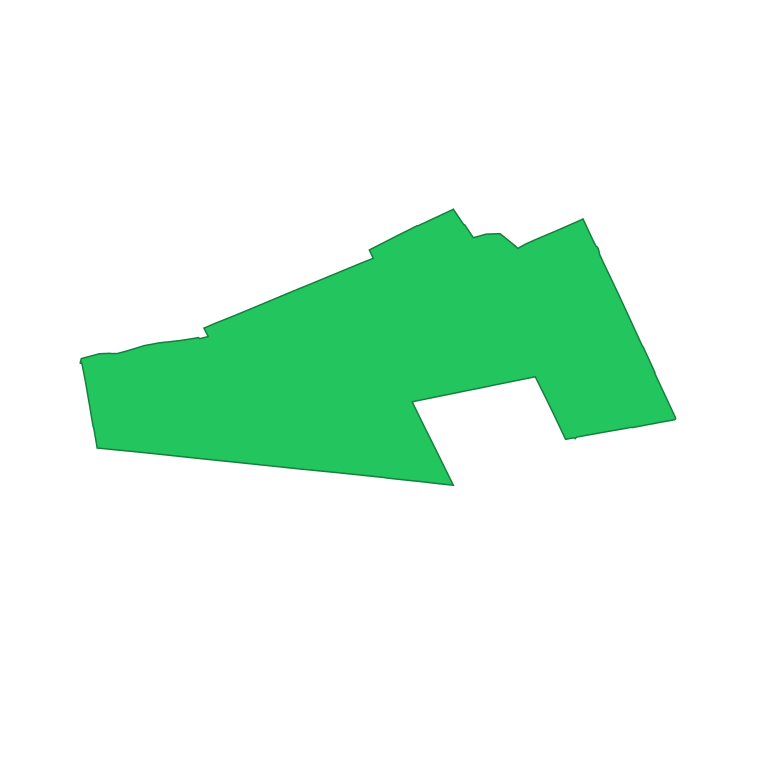 outline of Tufesti, Braila, Romania, rotated 229°
{"feature_id": "2599482B7504990090207", "entity_name": "Tufesti", "entity_type": "district", "adm_level": 2, "iso_a3": "ROU", "parent_name": "Romania", "parent_adm1": "Braila", "projection": "natural_earth1", "projection_center": [27.783, 44.998], "detail": "fine", "context": "isolated", "style": "filled", "palette": "green", "viewbox_px": 768, "rotation_deg": 229, "n_neighbors": 0, "source": "geoboundaries", "source_scale": "gbopen_adm2", "svg_char_len": 2127}
<svg xmlns="http://www.w3.org/2000/svg" viewBox="0 0 768 768"><g transform="rotate(229 384 384)"><path d="M166.9,579.1L166.6,579.4L166.4,579.7L166.3,580.4L166.4,581.1L166.7,581.5L167.5,581.9L169.4,582.5L171.9,583.2L191.1,588.7L198.9,590.9L207.0,593.2L215.1,595.6L215.0,596.0L232.5,601.2L241.6,603.8L243.9,604.1L258.2,608.3L280.1,614.7L301.3,620.8L305.2,621.9L329.9,628.7L339.9,631.6L340.8,632.0L342.3,632.9L345.7,634.5L346.6,634.7L347.6,634.8L348.9,634.4L354.2,635.7L378.0,642.5L378.4,641.5L378.3,641.1L383.4,624.7L387.9,610.5L389.2,606.5L393.3,593.9L394.5,590.1L396.5,583.4L397.2,580.5L398.5,574.0L401.8,573.4L401.8,573.7L421.3,570.2L430.0,559.6L435.8,547.4L451.0,549.3L451.5,549.1L452.1,548.7L470.4,551.0L470.4,550.8L481.1,513.5L481.7,512.9L488.1,488.0L490.4,478.5L494.8,460.9L485.9,458.3L486.8,455.7L487.5,454.0L488.7,450.4L490.4,445.6L501.0,414.0L508.9,390.5L513.9,375.8L531.1,323.8L535.6,310.6L540.2,297.5L541.2,294.4L544.3,284.8L543.8,284.7L542.0,284.2L538.0,283.2L535.1,282.5L537.3,278.2L539.0,274.8L540.8,274.4L540.9,274.2L544.1,268.9L550.7,258.4L552.7,255.6L556.4,250.1L560.4,244.5L562.6,241.2L562.9,240.8L564.3,238.4L566.7,234.2L568.6,231.1L569.5,229.5L570.2,228.3L570.4,227.8L570.8,227.0L571.7,225.0L574.2,219.3L574.6,218.5L575.5,216.4L576.9,213.3L578.0,210.9L578.2,210.5L581.9,202.8L585.7,198.4L587.3,196.9L593.6,189.0L594.1,188.0L601.7,172.3L600.7,170.5L600.1,169.7L599.1,168.5L598.9,168.4L598.1,169.7L584.0,161.6L577.5,157.7L565.3,150.3L561.1,147.8L543.0,136.7L541.2,136.0L537.3,133.7L530.7,129.7L523.8,125.5L523.5,125.8L498.0,150.0L485.3,161.9L453.9,191.1L433.9,209.8L420.9,222.0L409.2,232.9L403.3,238.4L373.4,266.3L350.7,287.8L312.5,323.5L312.1,323.6L300.0,334.8L288.5,345.5L288.3,345.8L273.9,358.9L262.1,369.9L307.6,381.9L308.4,382.1L330.9,387.9L352.1,393.6L340.5,414.1L335.0,423.8L334.8,424.1L326.6,438.7L318.5,452.9L309.5,468.9L301.1,483.7L290.2,502.9L267.5,497.0L245.0,490.9L223.1,484.7L218.8,492.1L217.3,492.4L217.6,494.5L203.4,518.3L190.7,539.4L189.1,542.2L188.4,542.6L188.1,542.9L184.2,549.6L174.1,566.9L171.5,571.2L168.1,576.9L166.9,579.1Z" fill="#22c55e" stroke="#15803d" stroke-width="1.5"/></g></svg>